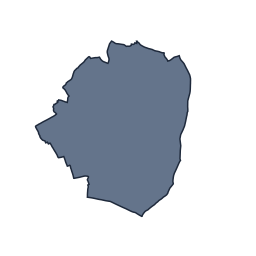 outline of Ibadan South West, Oyo, Nigeria, rotated 330°
{"feature_id": "59680162B83508950999506", "entity_name": "Ibadan South West", "entity_type": "district", "adm_level": 2, "iso_a3": "NGA", "parent_name": "Nigeria", "parent_adm1": "Oyo", "projection": "robinson", "projection_center": [3.862, 7.363], "detail": "fine", "context": "isolated", "style": "filled", "palette": "slate", "viewbox_px": 256, "rotation_deg": 330, "n_neighbors": 0, "source": "geoboundaries", "source_scale": "gbopen_adm2", "svg_char_len": 5478}
<svg xmlns="http://www.w3.org/2000/svg" viewBox="0 0 256 256"><g transform="rotate(330 128 128)"><path d="M139.1,199.1L139.4,198.8L140.1,196.8L141.1,195.3L142.7,193.2L143.8,191.9L144.7,191.1L145.6,190.3L147.5,189.0L149.9,187.3L151.8,185.9L154.1,184.2L156.1,182.8L157.2,182.4L157.6,180.7L162.2,173.4L164.8,169.8L167.5,163.4L170.3,160.1L174.7,157.1L176.2,155.9L177.3,155.1L178.0,154.5L179.6,152.8L181.2,151.1L183.2,148.8L184.7,147.1L185.6,146.2L186.9,144.4L187.5,143.9L188.1,143.5L189.1,141.8L190.3,139.4L193.3,134.4L195.0,132.7L199.0,128.7L200.2,127.2L201.3,125.6L202.6,123.5L203.7,121.7L204.3,120.8L205.0,119.6L206.1,117.8L206.9,116.3L207.6,114.2L208.0,112.6L208.1,110.7L208.3,108.3L208.4,105.0L208.7,100.3L208.4,98.4L207.8,95.5L207.9,93.5L208.5,91.0L206.3,90.6L204.6,90.1L203.3,89.8L201.2,90.1L198.9,90.4L197.6,90.4L195.9,89.9L196.0,89.5L196.1,89.0L196.0,88.3L196.0,88.1L196.0,87.8L196.0,87.3L195.9,86.9L195.9,86.7L195.8,86.2L195.6,85.6L195.6,85.1L195.5,84.5L195.6,84.3L195.6,84.1L195.7,83.7L195.7,83.1L195.8,82.6L196.1,82.1L196.4,81.7L196.8,81.2L196.7,80.9L196.3,80.7L196.2,80.5L195.4,80.1L194.1,78.7L193.1,77.4L191.9,76.3L190.5,75.1L189.8,74.4L189.6,74.1L189.3,73.7L188.8,73.0L188.5,72.5L188.3,72.2L187.7,71.6L187.0,70.9L186.3,70.2L185.7,69.7L185.3,69.2L184.9,68.8L184.5,68.2L183.9,67.6L182.8,66.3L181.5,64.3L180.3,62.1L180.1,61.0L180.1,60.2L179.5,58.7L179.2,58.0L179.3,57.4L178.8,57.1L178.6,57.8L178.1,58.6L178.0,58.8L177.8,59.1L176.7,57.8L176.6,57.7L176.4,58.0L176.1,58.2L175.6,58.3L174.9,58.3L174.2,58.2L173.9,57.9L173.4,57.4L173.1,57.1L172.8,57.0L172.6,57.3L172.4,57.6L172.2,57.9L172.0,58.1L171.7,58.1L170.8,58.0L170.4,58.0L169.8,57.8L169.5,57.6L168.9,57.1L168.6,57.0L168.2,56.8L167.8,56.6L167.4,56.5L166.9,55.4L166.4,54.2L165.8,53.5L164.5,52.5L162.9,51.2L161.9,50.4L160.3,49.3L159.7,48.8L159.2,48.1L158.4,46.4L157.5,44.9L157.2,44.5L154.1,45.9L150.9,48.8L148.6,50.9L147.9,52.0L147.4,53.4L146.8,55.5L146.3,58.2L145.5,59.7L143.9,61.3L142.9,62.0L141.4,60.1L140.2,58.6L139.4,57.4L139.0,56.1L138.7,54.9L138.7,54.1L138.7,53.0L138.7,52.4L136.4,51.6L135.4,51.0L135.1,50.8L133.0,50.0L131.3,49.4L130.3,49.0L130.3,48.7L130.4,48.4L130.4,47.5L130.0,46.8L129.4,46.7L126.8,47.3L124.8,47.8L123.6,48.5L122.3,48.9L119.4,49.4L118.1,49.6L117.0,50.0L115.7,50.4L114.9,50.9L113.6,50.8L113.1,50.9L111.9,51.3L110.5,51.6L109.3,52.3L108.7,52.9L107.7,53.7L106.8,54.6L105.8,55.6L104.9,56.4L103.6,57.3L102.5,57.6L100.6,57.7L98.8,57.8L98.3,58.0L97.0,58.2L96.6,58.7L96.1,59.0L95.5,59.3L94.6,59.5L93.7,59.5L93.0,59.7L92.1,60.0L91.9,60.3L91.7,60.7L92.0,61.4L92.2,62.0L92.4,62.9L92.6,63.7L92.6,64.7L92.6,65.5L92.6,66.3L92.5,67.2L92.6,69.3L92.9,70.8L92.7,71.0L92.4,71.0L92.2,71.0L91.7,71.3L91.4,71.5L91.2,71.7L90.8,72.0L90.6,72.3L90.3,72.9L89.7,73.6L89.0,74.5L88.8,74.7L88.7,74.7L88.6,74.9L88.3,75.3L88.2,75.5L87.1,74.5L86.1,73.2L85.2,72.2L84.6,71.4L83.8,70.5L82.8,69.7L82.0,69.0L81.8,69.2L81.5,69.4L81.3,69.5L81.1,69.4L80.7,69.3L80.4,69.3L80.1,69.3L80.0,69.5L80.2,70.0L80.2,70.4L80.1,70.5L79.9,70.7L79.4,70.7L79.0,70.7L78.6,70.7L78.2,70.7L78.0,70.8L77.7,70.8L77.2,70.9L76.9,70.9L76.7,71.0L76.3,70.9L76.1,70.7L75.9,70.7L75.7,70.6L75.4,70.8L75.2,71.0L74.8,71.5L74.5,71.7L74.0,71.9L73.7,72.1L73.6,72.5L73.5,72.9L73.5,73.4L73.4,73.9L72.6,75.0L72.3,75.5L72.2,76.1L72.1,76.6L72.1,77.0L72.4,77.5L72.6,78.1L72.9,79.1L73.1,80.1L72.7,80.3L71.9,80.3L71.3,80.5L70.6,80.5L70.4,80.5L69.1,80.6L68.0,80.5L66.9,80.5L64.9,80.5L61.2,80.4L57.6,80.2L53.6,80.2L52.8,80.1L52.0,80.1L51.5,80.2L51.3,80.2L50.9,80.2L50.2,80.1L49.7,80.1L48.8,80.3L48.6,80.8L48.4,81.8L48.5,82.4L48.4,83.1L48.4,84.2L48.4,85.8L48.3,87.0L47.9,87.9L47.7,89.4L47.8,90.4L47.7,90.8L47.4,91.4L47.3,92.0L47.5,92.4L47.3,93.0L47.5,94.1L48.0,95.9L49.1,97.1L49.6,97.6L49.5,97.9L49.4,99.2L49.4,99.8L49.7,99.8L50.4,99.8L51.1,99.9L51.2,100.2L51.1,100.9L51.1,102.0L51.6,102.1L52.4,102.1L52.9,102.1L53.0,102.3L53.0,103.8L53.0,104.9L52.9,106.2L53.0,107.8L53.0,109.6L53.0,110.9L53.1,112.4L53.1,113.7L53.1,114.7L53.1,115.4L53.1,116.1L52.9,117.1L52.8,117.8L52.8,118.3L52.9,118.8L53.0,119.0L55.1,119.8L56.8,120.3L58.1,120.6L57.8,122.6L57.6,123.8L57.0,126.3L56.4,130.7L57.1,130.9L58.3,131.1L58.9,131.1L59.1,131.6L59.0,132.2L58.6,133.4L58.4,133.8L58.3,134.3L58.2,135.3L57.9,136.4L57.6,137.7L57.3,139.3L56.9,141.0L56.4,142.8L56.2,143.5L56.0,143.9L55.9,144.4L56.3,144.7L56.6,144.8L58.1,145.3L59.5,145.8L61.2,146.4L63.4,147.0L66.4,147.9L67.5,148.5L68.7,149.4L69.1,149.8L69.4,150.3L69.3,150.6L69.0,150.9L67.6,152.0L66.9,152.5L66.8,153.0L66.8,153.8L66.5,155.4L66.1,157.3L65.7,157.3L64.7,157.3L64.5,158.1L64.4,158.6L63.9,159.5L63.4,159.9L62.6,160.9L62.2,161.4L61.9,161.9L61.3,162.8L60.6,163.8L59.7,165.2L59.2,166.0L58.9,166.6L58.2,167.6L59.6,168.7L61.5,170.2L62.9,171.4L65.3,173.6L67.4,175.5L69.2,176.9L69.8,177.5L70.8,178.4L72.1,179.6L74.3,181.4L75.7,182.5L76.2,183.1L76.7,183.8L79.2,187.5L81.0,190.1L82.6,192.4L84.1,194.5L85.8,196.8L87.2,198.9L88.8,201.3L90.0,202.9L90.3,203.2L90.9,203.8L92.1,204.9L92.3,205.3L92.9,206.5L94.2,208.9L95.7,211.4L96.0,211.5L96.3,211.2L96.9,210.7L97.5,210.3L98.2,210.0L99.2,209.5L100.3,209.1L101.0,208.8L102.2,208.7L104.4,208.8L105.7,208.5L108.0,208.1L110.2,207.8L111.8,207.7L112.7,207.6L114.1,207.2L115.3,206.9L116.6,206.8L117.3,206.6L118.8,206.2L119.2,206.2L121.4,206.1L121.9,206.0L122.5,205.9L123.4,205.7L124.2,205.5L125.4,205.5L126.5,205.4L127.3,205.3L128.0,205.2L128.7,204.9L129.7,204.4L130.2,204.1L130.4,203.7L133.9,201.2L134.2,201.0L135.0,200.7L136.6,200.1L137.6,199.7L139.1,199.1Z" fill="#64748b" stroke="#1e293b" stroke-width="1.5"/></g></svg>